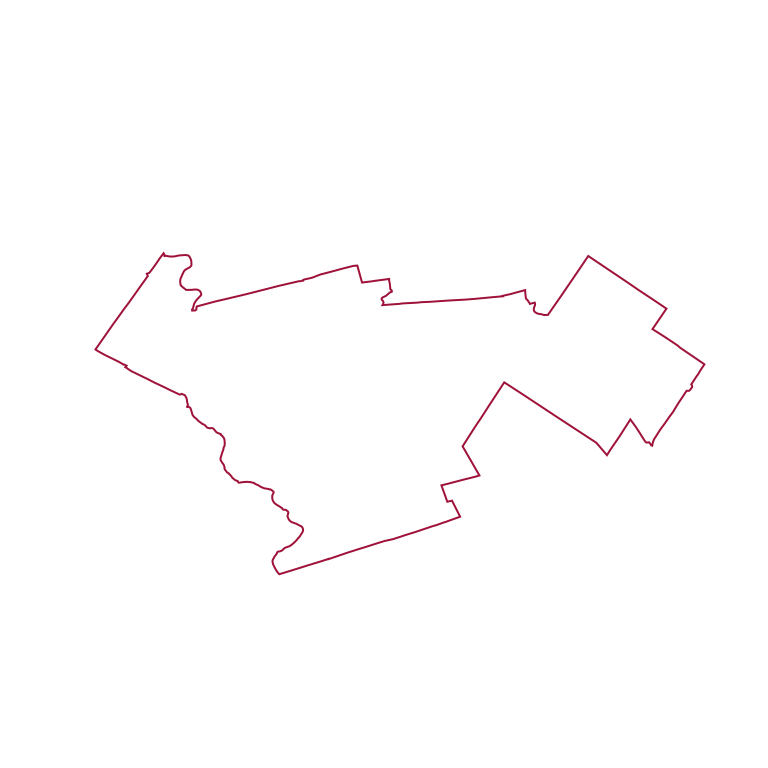 outline of Sarulesti, Calarasi, Romania, rotated 212°
{"feature_id": "2599482B18552862006598", "entity_name": "Sarulesti", "entity_type": "district", "adm_level": 2, "iso_a3": "ROU", "parent_name": "Romania", "parent_adm1": "Calarasi", "projection": "equal_earth", "projection_center": [26.648, 44.417], "detail": "fine", "context": "isolated", "style": "outline", "palette": "rose", "viewbox_px": 768, "rotation_deg": 212, "n_neighbors": 0, "source": "geoboundaries", "source_scale": "gbopen_adm2", "svg_char_len": 6130}
<svg xmlns="http://www.w3.org/2000/svg" viewBox="0 0 768 768"><g transform="rotate(212 384 384)"><path d="M314.1,538.4L322.9,528.9L324.2,527.5L330.3,521.4L329.9,521.2L337.1,515.8L351.6,504.7L359.3,499.0L373.6,488.9L380.1,484.2L389.2,477.6L395.1,473.6L399.5,470.2L411.2,462.0L413.3,460.2L427.1,450.1L427.2,451.6L427.7,453.1L429.2,454.0L430.5,454.3L431.1,454.8L431.3,455.6L431.2,456.4L429.1,459.7L428.1,462.9L427.3,465.2L426.3,466.2L426.7,467.2L429.0,467.9L432.0,471.9L434.8,474.8L435.2,475.6L435.3,475.8L443.3,469.2L446.0,467.0L449.0,464.4L456.4,458.4L469.4,470.3L472.5,468.0L480.2,460.0L487.5,452.1L496.0,443.1L499.4,438.6L500.9,436.5L504.7,432.6L506.0,431.4L507.3,430.1L507.3,428.9L507.9,428.9L508.5,427.6L509.0,427.2L510.6,426.1L517.0,419.7L523.7,413.0L525.2,411.5L537.1,399.0L547.9,387.7L563.4,372.0L570.7,364.7L583.8,350.6L583.6,349.6L582.6,347.8L583.0,346.4L585.6,344.6L586.1,345.1L586.3,347.6L587.5,351.2L587.6,354.8L587.3,357.0L586.9,358.9L586.2,362.3L586.6,363.4L588.1,364.6L589.5,365.3L590.8,365.3L591.8,365.2L592.2,365.1L593.1,364.7L594.8,363.7L595.9,362.8L596.6,362.2L597.9,361.3L599.6,360.3L600.8,359.4L601.6,359.0L604.8,359.3L607.6,359.7L608.9,360.1L609.5,360.9L610.2,361.6L611.2,362.9L612.3,365.2L612.9,369.2L613.4,373.5L613.2,375.2L612.2,377.2L610.6,380.0L610.1,382.1L610.6,383.3L612.7,386.3L614.1,387.5L615.5,388.4L616.9,389.1L617.6,389.2L618.4,389.2L621.0,388.0L622.8,386.7L626.3,384.1L627.9,382.5L628.8,381.6L630.8,380.1L633.0,378.7L636.9,377.1L637.7,376.3L638.0,376.2L638.8,377.4L640.2,378.1L640.5,374.7L640.8,371.4L640.8,369.6L641.2,361.9L641.6,356.9L641.9,353.9L643.6,351.8L641.5,350.4L642.3,338.3L643.0,325.8L643.6,316.3L644.2,310.0L644.7,301.5L645.4,291.5L646.8,264.0L647.0,260.4L645.7,260.3L641.7,260.4L637.8,260.6L635.0,260.8L633.1,261.0L620.5,262.3L618.2,262.4L616.3,262.4L615.3,262.3L615.0,262.8L612.0,263.1L612.3,261.2L610.5,261.3L609.7,261.1L609.1,261.1L604.7,261.0L603.3,261.2L596.6,261.9L593.2,262.3L590.8,262.5L587.4,262.9L582.2,263.3L580.4,263.5L579.5,263.5L577.4,263.8L575.1,264.1L573.6,264.3L572.0,264.4L570.8,264.6L568.2,264.9L565.1,265.2L559.9,265.7L558.8,265.9L553.8,266.5L551.6,266.8L551.4,267.0L551.1,267.3L550.5,268.2L550.3,268.5L548.9,268.6L547.6,268.9L547.0,268.9L546.5,268.7L545.5,268.2L544.7,267.8L543.9,267.2L543.3,266.7L542.2,265.5L541.7,264.7L540.9,263.9L540.1,263.2L539.7,262.9L539.3,262.5L539.1,262.0L539.0,260.9L539.0,260.5L538.9,260.4L538.7,260.2L538.4,260.4L537.9,260.9L537.4,261.2L537.1,261.2L536.2,261.2L535.3,260.9L534.2,260.1L530.4,256.7L529.9,256.3L529.0,255.9L527.4,255.4L525.4,255.2L523.6,254.8L521.7,254.3L516.7,253.9L515.8,254.1L514.6,254.2L513.3,254.0L511.3,253.4L510.9,253.3L510.4,253.4L508.1,254.2L506.9,255.3L506.0,255.6L505.5,255.7L504.9,255.7L501.8,254.7L500.6,254.3L499.9,254.3L499.2,254.4L498.8,254.4L498.5,254.5L497.7,254.6L497.1,254.7L496.5,255.0L496.0,255.1L495.2,254.3L494.0,254.3L492.1,253.7L491.0,253.2L489.9,252.4L489.1,251.3L487.9,249.8L487.2,248.6L486.8,247.7L486.4,246.8L486.4,245.5L485.9,244.2L485.5,243.1L485.3,242.3L485.1,241.5L485.0,240.7L484.7,239.7L484.2,237.6L483.9,236.5L483.4,234.9L483.1,234.1L482.4,233.0L479.3,231.4L477.1,230.6L475.9,229.6L475.6,229.3L475.0,228.8L474.9,228.5L474.7,228.1L474.4,227.7L474.2,227.5L472.7,226.8L470.3,225.9L468.7,226.0L468.2,225.7L467.6,225.7L464.8,225.0L463.5,224.3L461.7,223.9L458.9,223.6L457.6,224.0L456.7,224.2L456.3,223.8L455.1,223.3L454.3,223.7L452.4,225.4L450.4,227.0L450.2,227.1L449.6,227.6L449.3,227.7L449.0,228.0L448.2,228.4L447.9,228.7L446.3,229.4L445.4,230.0L442.3,231.0L441.8,231.2L441.4,231.2L441.1,231.0L440.5,231.0L438.3,231.3L437.3,231.5L433.6,231.5L429.9,232.2L426.3,233.8L425.3,233.9L424.8,234.1L424.2,234.5L421.6,234.3L420.6,234.1L420.2,233.8L420.0,233.0L419.9,232.2L419.9,231.5L419.4,229.7L418.9,229.1L418.6,228.5L417.8,227.4L416.7,226.4L415.9,225.9L414.9,225.4L413.5,224.9L411.9,224.8L411.1,224.7L408.1,224.8L407.2,224.8L406.3,224.7L405.1,224.7L404.7,224.7L403.7,224.1L402.6,224.1L400.8,225.2L399.8,225.2L398.2,225.0L397.3,224.6L396.8,224.0L396.0,221.1L395.4,220.4L392.9,218.6L391.1,218.1L389.4,217.9L384.2,219.0L381.3,219.2L378.6,219.5L377.4,219.2L376.2,218.4L375.5,217.7L375.0,216.8L374.7,215.8L374.6,214.0L374.7,211.2L374.6,209.8L375.0,208.4L375.2,207.1L375.2,206.4L375.8,203.1L376.9,199.4L377.9,196.9L378.6,195.8L380.9,193.0L381.4,192.1L382.3,188.7L383.5,187.0L384.2,186.4L385.1,185.6L385.4,184.5L385.1,183.8L385.1,182.4L385.4,179.5L385.1,175.6L384.9,175.1L384.1,173.9L382.2,172.1L376.8,168.9L374.1,167.8L372.0,167.2L363.5,177.0L352.7,189.6L342.8,201.0L339.1,205.4L338.5,206.2L338.3,206.0L326.1,221.0L317.8,230.8L314.2,234.9L305.8,244.8L300.3,251.2L297.0,254.4L293.8,257.6L291.5,260.4L289.4,262.8L287.4,265.3L286.0,267.0L284.0,269.3L282.2,271.4L279.8,274.1L267.0,289.7L265.1,291.7L260.2,297.9L258.1,300.3L257.1,301.7L249.1,311.8L264.5,321.1L267.9,317.7L281.6,328.5L277.3,332.9L266.1,344.8L257.4,353.8L255.9,355.5L254.6,357.0L284.3,372.8L284.1,391.9L284.0,398.2L283.7,406.3L283.6,412.9L283.5,421.0L282.9,449.1L264.4,448.8L251.8,448.5L220.9,447.7L173.1,446.7L171.8,446.4L157.2,441.8L157.2,448.3L156.5,464.3L156.3,484.5L147.4,480.9L143.2,479.0L135.4,475.2L132.3,473.8L131.3,473.4L130.4,473.4L128.3,475.0L125.9,474.2L125.0,473.6L123.9,473.8L125.3,477.9L125.6,479.8L125.6,480.1L125.7,480.9L125.6,484.3L125.6,485.6L125.6,487.1L125.6,490.5L125.4,494.3L125.1,497.7L125.0,498.9L124.6,507.3L124.1,513.1L124.1,515.3L124.2,518.3L124.2,524.0L123.9,532.9L123.8,538.6L122.0,539.6L121.4,540.5L121.0,544.5L121.5,545.4L122.2,546.1L123.2,546.5L123.0,556.7L122.8,558.0L122.9,564.1L122.7,570.5L152.4,571.7L154.9,572.2L169.7,572.7L185.4,572.8L184.4,597.6L198.9,598.1L218.0,598.6L228.9,599.1L240.3,599.5L271.0,600.5L278.6,600.8L279.4,579.3L280.4,553.9L281.5,531.6L281.6,531.0L281.6,530.0L281.6,529.4L282.5,528.9L284.5,527.5L285.4,527.1L285.9,527.0L286.8,526.8L287.6,526.5L290.2,525.4L291.7,525.0L292.8,525.0L293.8,525.0L294.4,525.1L295.4,525.5L296.1,526.1L296.6,526.8L297.2,528.1L297.7,530.8L298.0,531.4L298.4,532.1L299.3,532.9L302.7,529.3L302.9,529.5L303.8,529.9L305.5,530.6L306.7,531.2L307.2,531.3L308.5,531.5L308.9,531.7L311.2,534.5L314.1,538.4Z" fill="none" stroke="#9f1239" stroke-width="2"/></g></svg>